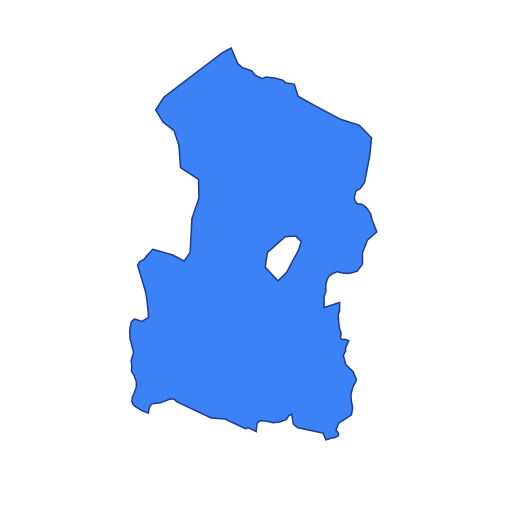 the border of Rezeknes, rotated 21°
{"feature_id": "LVA-1066", "entity_name": "Rezeknes", "entity_type": "Municipality", "adm_level": 1, "iso_a3": "LVA", "parent_name": "Latvia", "parent_adm1": "", "projection": "mercator", "projection_center": [27.315, 56.501], "detail": "fine", "context": "isolated", "style": "filled", "palette": "blue", "viewbox_px": 512, "rotation_deg": 21, "n_neighbors": 0, "source": "natural_earth", "source_scale": "10m", "svg_char_len": 1990}
<svg xmlns="http://www.w3.org/2000/svg" viewBox="0 0 512 512"><g transform="rotate(21 256 256)"><path d="M158.3,70.7L170.0,82.9L175.5,85.0L185.9,84.7L190.4,87.6L198.4,88.1L201.3,85.3L210.0,83.1L218.0,82.3L221.7,83.7L230.2,81.9L238.1,91.8L255.7,94.4L285.7,98.1L305.5,96.9L321.5,104.3L326.3,121.8L331.0,148.5L329.2,155.6L326.1,159.4L326.6,165.5L328.0,168.2L331.6,171.1L335.8,169.8L339.1,170.3L343.0,172.0L348.1,175.8L351.3,180.5L360.1,190.2L354.3,201.3L354.2,214.7L358.3,225.3L355.9,233.9L351.1,237.6L347.2,239.6L343.0,240.9L337.4,241.6L333.3,245.6L331.2,249.0L330.9,252.4L331.3,257.6L333.9,264.0L334.2,269.7L338.0,279.7L350.7,269.4L353.7,277.3L353.8,281.4L357.5,289.4L360.5,294.5L363.0,297.5L363.8,299.7L363.5,301.1L365.1,302.7L367.0,303.0L368.7,301.9L373.0,301.8L372.6,309.4L373.7,312.8L373.2,317.6L378.8,325.2L388.0,329.1L394.1,335.4L394.0,338.7L393.4,342.9L394.2,351.2L396.9,357.0L400.6,363.0L402.0,370.1L393.1,382.5L393.1,390.0L395.4,391.1L396.9,392.6L397.3,394.3L394.9,397.2L392.1,398.7L387.2,402.6L382.2,397.3L356.4,401.4L351.3,399.7L350.2,398.1L346.1,390.9L344.0,393.0L342.6,398.1L338.1,402.1L331.8,405.5L325.0,406.4L318.9,408.3L316.9,411.8L319.1,419.8L310.7,419.1L308.0,421.0L285.4,419.3L272.1,423.3L234.0,420.4L230.7,419.0L227.1,420.3L219.4,427.3L212.1,431.1L211.3,432.6L210.7,435.0L210.8,436.4L211.9,441.3L204.5,441.2L197.2,439.8L194.1,438.4L192.2,436.1L191.1,432.4L191.5,426.0L191.1,420.7L189.4,416.4L185.3,411.5L180.9,408.0L179.6,403.5L176.9,398.3L176.2,389.8L168.0,378.2L164.7,370.5L163.9,366.8L163.2,362.0L165.2,358.3L172.9,358.0L177.7,351.7L170.1,336.3L165.5,328.7L148.7,307.0L149.4,303.0L152.6,299.3L154.0,294.7L157.3,286.7L178.0,284.9L190.8,286.4L193.2,276.2L182.8,244.2L182.0,222.4L174.8,205.0L153.9,200.6L144.3,180.2L134.7,168.5L121.1,164.2L110.0,155.5L113.2,140.6L151.8,78.2L158.3,70.7ZM285.4,271.4L290.5,260.1L292.2,245.8L293.6,235.6L293.1,226.3L285.8,223.2L276.4,227.4L265.4,248.6L268.6,263.1L285.4,271.4Z" fill="#3b82f6" stroke="#1e3a8a" stroke-width="1.5"/></g></svg>